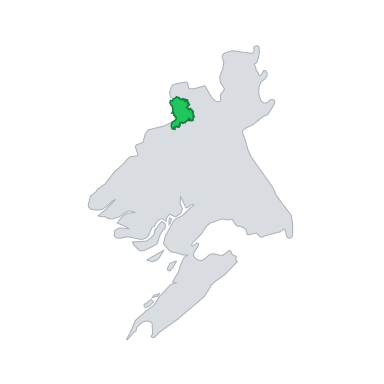 location of Rajshahi, Rajshahi, Bangladesh, rotated 56°
{"feature_id": "16705992B51815672792645", "entity_name": "Rajshahi", "entity_type": "district", "adm_level": 2, "iso_a3": "BGD", "parent_name": "Bangladesh", "parent_adm1": "Rajshahi", "projection": "mercator", "projection_center": [88.705, 24.415], "detail": "fine", "context": "in_parent", "style": "filled", "palette": "green", "viewbox_px": 384, "rotation_deg": 56, "n_neighbors": 0, "source": "geoboundaries", "source_scale": "gbopen_adm2", "svg_char_len": 8692}
<svg xmlns="http://www.w3.org/2000/svg" viewBox="0 0 384 384"><g transform="rotate(56 192 192)"><path d="M136.8,268.1L136.7,259.6L131.2,242.9L131.4,241.0L130.2,232.9L128.8,228.5L128.1,223.7L131.5,216.8L130.1,215.7L122.7,213.6L121.8,211.8L123.4,205.0L118.0,198.6L115.9,193.8L121.6,178.3L123.1,167.5L122.6,165.4L119.1,163.0L112.9,162.0L108.5,160.0L105.9,156.9L103.8,155.7L101.1,156.6L97.6,155.4L94.8,152.3L92.4,148.6L93.3,144.6L97.8,135.0L99.5,134.7L103.4,136.5L104.9,136.5L107.5,132.7L111.1,121.9L123.7,122.8L126.7,122.5L129.8,121.6L131.5,120.2L132.5,118.5L132.2,117.0L128.3,115.0L126.8,113.4L125.7,109.1L124.6,107.4L117.0,107.2L113.1,105.2L110.9,103.4L107.0,97.5L102.3,93.1L97.7,92.0L95.9,90.6L95.0,88.4L95.5,85.1L97.9,78.8L110.4,65.2L110.7,63.7L110.2,61.9L106.5,59.7L106.3,58.6L107.3,55.8L109.4,55.4L113.8,58.0L118.2,62.2L120.8,66.0L120.9,68.9L124.3,69.5L127.1,70.8L130.1,70.4L132.0,71.2L133.3,70.9L133.8,69.2L131.3,64.9L132.5,63.1L135.4,63.2L137.5,64.8L139.0,68.1L139.3,73.2L142.6,77.9L147.1,81.2L150.6,82.7L154.8,83.8L158.4,82.7L160.2,79.5L159.4,76.6L159.9,74.0L161.4,72.6L163.6,72.7L165.3,74.7L170.2,85.8L169.2,90.7L170.3,104.1L169.0,112.9L169.8,116.3L170.6,116.9L178.0,118.6L188.7,122.1L196.8,123.4L233.8,122.4L241.8,124.1L266.5,122.8L273.2,125.6L280.5,130.2L284.6,133.6L285.3,135.5L284.9,137.2L283.5,138.1L281.0,138.1L275.2,135.9L274.2,136.6L274.1,141.8L269.4,155.0L268.7,159.1L267.1,160.7L262.2,161.5L259.0,169.2L257.7,170.1L254.5,168.4L252.5,168.7L250.0,169.4L247.5,171.2L245.8,173.4L243.8,174.1L237.0,174.0L235.6,177.5L231.1,182.2L228.0,194.5L228.2,198.2L232.1,208.0L234.7,220.7L235.7,222.0L237.0,222.1L237.1,216.3L238.4,215.5L239.9,216.2L243.2,224.0L245.0,226.0L247.9,226.5L251.1,225.4L253.6,223.1L254.6,220.6L253.7,212.1L255.3,208.6L260.8,203.4L261.6,201.8L261.3,193.3L263.4,193.0L266.2,193.7L269.8,191.6L270.9,191.6L272.4,193.8L275.0,193.4L278.8,210.4L279.1,222.3L280.0,228.9L281.3,230.4L285.6,240.4L289.5,275.2L290.0,297.2L291.6,304.7L290.3,306.4L288.9,306.7L287.7,304.1L278.6,298.5L276.4,299.0L273.3,302.3L272.1,305.3L272.6,309.5L273.6,313.7L275.8,316.0L275.9,318.7L278.3,328.5L277.6,328.6L272.7,319.6L266.8,310.8L264.8,294.9L264.7,287.1L260.6,277.9L256.8,261.7L258.4,256.0L255.6,258.5L251.1,248.8L244.0,239.3L241.9,235.1L241.8,231.0L238.8,235.1L234.7,238.0L230.4,242.4L227.6,243.7L218.7,244.5L213.6,238.7L206.2,224.4L205.2,221.2L206.2,212.7L204.5,204.8L204.0,197.7L202.6,198.4L202.1,200.3L202.4,203.3L201.9,205.8L189.5,204.1L194.8,208.3L200.4,209.3L203.4,213.1L203.6,219.3L198.0,223.1L198.5,226.2L201.7,230.1L197.8,231.1L196.7,233.7L196.7,237.2L199.4,242.7L198.9,244.9L203.6,252.0L204.5,255.5L203.3,260.3L193.2,270.2L190.3,277.1L187.8,280.3L184.7,280.9L180.9,277.7L180.9,274.3L181.6,271.6L186.9,265.1L184.0,266.0L175.9,271.3L174.3,267.0L173.3,262.9L173.2,258.0L177.2,250.6L172.7,254.3L171.5,258.9L172.0,264.3L171.5,268.2L169.7,273.2L167.3,276.2L163.5,278.1L161.8,281.1L159.2,283.2L158.3,273.2L155.5,259.5L154.9,262.5L156.3,270.9L156.2,276.4L154.1,280.7L149.9,285.4L146.6,286.1L144.7,285.3L138.6,278.3L138.1,271.7L136.8,268.1ZM211.5,268.2L203.9,269.9L200.1,269.4L207.3,257.1L207.0,251.6L205.9,247.1L202.3,243.5L202.1,241.0L200.4,237.4L199.6,233.3L203.6,232.0L206.9,234.4L208.1,239.0L209.7,242.5L215.4,249.7L215.3,254.2L213.7,264.9L211.5,268.2ZM227.6,264.2L223.0,267.5L224.5,248.1L227.9,255.3L228.8,259.2L227.6,264.2ZM245.2,254.5L243.2,255.9L241.3,254.7L238.9,250.2L240.1,244.4L240.8,243.6L243.7,249.5L245.2,254.5ZM262.1,295.3L259.5,295.5L258.3,294.2L258.8,292.2L258.1,286.0L261.5,285.3L262.7,290.6L262.1,295.3ZM259.3,277.8L257.3,284.0L256.5,281.3L257.9,275.8L259.3,277.8ZM205.6,227.3L206.4,229.3L202.2,226.7L201.0,224.9L202.9,223.9L205.6,227.3Z" fill="#d9dde1" stroke="#a8b0b8" stroke-width="1"/><path d="M128.6,173.1L128.8,172.6L129.0,172.3L129.1,172.2L129.2,172.3L129.5,172.3L129.9,171.4L130.2,171.3L130.3,171.2L129.9,171.2L130.1,171.0L130.0,170.9L129.9,170.8L129.4,170.8L129.4,170.7L129.2,170.6L128.9,170.6L128.6,170.6L128.7,170.2L128.8,170.1L129.1,169.9L128.8,169.6L128.8,169.4L129.1,169.3L129.2,168.9L129.0,168.6L128.9,168.5L129.1,168.5L129.2,168.3L129.2,168.2L129.0,167.9L129.1,167.7L129.2,167.4L129.3,167.3L129.3,167.6L129.4,167.8L129.5,167.6L129.8,167.6L130.1,167.6L130.1,167.3L130.2,167.1L130.3,167.0L130.5,167.2L130.8,167.0L130.9,166.6L131.0,166.5L130.9,166.3L130.6,166.2L130.4,165.7L130.4,164.7L129.7,164.5L129.3,164.6L129.3,164.4L129.3,164.2L129.2,164.2L129.0,163.8L128.8,163.7L128.7,163.7L128.7,163.8L128.6,164.0L128.3,164.0L128.3,163.7L128.0,163.5L128.0,163.3L128.0,163.0L128.0,162.3L128.2,162.0L128.3,161.6L128.5,161.5L128.6,161.2L128.8,161.2L128.8,161.3L129.0,161.3L129.1,161.5L129.2,161.4L129.4,161.2L129.5,161.2L129.5,161.3L129.7,161.1L129.8,161.2L130.0,161.2L130.1,160.5L129.8,160.3L129.8,160.2L130.0,159.9L130.2,159.2L130.4,159.1L130.2,159.0L130.4,158.5L130.3,158.3L130.2,158.2L130.2,157.7L130.4,157.3L130.3,157.1L130.0,156.8L130.1,156.6L130.3,156.4L130.1,155.9L129.9,155.9L130.0,155.7L130.1,155.4L130.3,155.3L130.5,154.8L130.8,154.8L130.8,154.7L131.0,154.5L131.4,154.7L131.2,154.5L131.4,154.3L131.5,154.2L131.4,154.0L131.3,153.9L131.0,154.1L130.8,154.0L130.2,154.2L130.2,153.9L129.8,153.8L129.6,154.0L129.4,153.8L129.5,153.8L129.4,153.7L129.5,153.7L129.7,153.3L129.8,153.4L130.2,153.5L130.1,153.4L130.1,153.0L130.3,153.0L130.6,153.0L130.8,152.8L131.1,152.7L131.7,152.9L131.8,153.0L132.0,153.0L132.3,152.6L132.5,152.6L132.8,152.5L133.0,152.4L133.0,152.2L133.0,151.6L132.9,151.4L133.0,150.7L132.9,150.7L132.5,151.0L132.5,150.9L132.4,150.8L132.3,150.6L132.0,150.5L132.0,150.4L131.9,150.4L131.9,150.6L131.7,150.5L131.7,150.2L131.4,150.1L131.4,149.7L131.3,149.4L131.3,149.1L131.2,148.9L131.1,149.0L130.8,148.6L130.7,148.4L130.7,147.9L130.1,147.9L129.9,148.1L129.5,147.9L129.3,147.9L129.4,148.2L129.4,148.3L129.3,148.2L129.1,148.2L129.1,147.9L128.7,147.7L128.5,147.4L128.3,147.2L127.4,147.2L127.2,147.4L126.9,147.4L126.4,147.2L126.5,146.9L126.5,146.4L126.2,146.4L126.2,146.1L126.0,145.9L125.9,145.8L125.7,145.9L125.4,146.2L124.9,146.5L124.7,146.7L124.4,146.7L124.1,146.6L123.7,146.3L123.8,146.2L123.5,146.0L123.2,146.3L123.2,146.6L123.2,146.8L122.9,146.8L122.7,147.1L122.5,146.7L122.2,146.7L122.1,146.9L121.9,147.0L121.7,146.9L121.7,147.0L121.6,147.3L121.8,147.4L121.8,147.7L121.7,147.8L121.4,148.1L121.7,148.1L121.8,148.4L121.9,148.6L121.5,148.5L121.4,148.7L121.2,148.6L121.4,148.4L121.2,148.4L121.1,148.2L120.9,148.2L120.7,148.4L120.3,148.4L120.3,148.5L120.2,148.5L119.8,148.7L119.7,148.8L119.6,148.5L119.4,148.5L119.3,148.9L119.0,149.1L118.7,148.9L118.8,148.7L118.7,148.8L118.6,148.6L118.8,148.5L118.8,148.4L118.6,148.4L118.3,147.8L118.5,147.6L118.5,147.0L118.5,146.9L118.6,146.6L118.4,146.4L118.3,145.4L118.2,145.1L117.6,145.1L117.4,145.2L117.0,145.3L117.0,145.6L116.9,145.9L116.6,146.0L116.3,146.3L116.0,146.1L116.5,145.4L116.5,145.2L116.4,145.2L116.2,145.4L116.0,145.2L115.9,145.0L115.7,144.9L115.5,145.0L115.3,145.0L115.0,145.2L114.8,145.0L114.5,145.0L114.1,144.8L113.8,144.8L113.8,144.6L113.6,144.6L113.2,144.3L112.9,144.4L112.9,144.7L112.6,144.8L112.4,144.9L112.4,145.0L112.5,145.1L112.5,145.4L112.5,145.7L112.2,145.8L112.3,145.9L112.2,146.1L111.9,145.9L111.6,145.9L111.5,146.0L111.2,145.9L111.0,146.2L111.4,146.5L111.8,146.7L112.1,146.2L112.5,146.3L112.6,146.2L112.9,146.2L113.1,146.1L113.4,146.1L113.4,146.5L113.0,146.4L113.0,146.8L112.7,146.7L112.4,146.9L112.6,147.0L112.6,147.3L112.4,147.3L112.3,147.1L112.1,147.2L111.9,147.1L111.5,147.0L111.4,147.2L111.2,147.2L110.7,147.0L110.5,146.8L110.4,146.7L110.2,146.8L110.2,147.2L110.1,147.5L109.7,147.5L109.9,147.9L109.9,148.1L109.9,148.3L109.5,148.4L109.4,148.4L109.4,148.5L109.4,148.9L109.6,149.1L109.3,149.2L109.1,149.5L108.6,149.7L108.5,149.8L108.4,149.8L108.2,150.0L107.9,149.9L107.4,149.8L107.3,150.2L107.2,150.2L107.0,149.8L106.9,149.8L106.7,149.9L106.7,150.2L106.4,150.5L105.7,150.6L105.5,151.0L105.1,151.4L104.9,151.4L104.6,151.3L104.5,151.5L104.3,151.6L104.4,151.9L104.7,152.8L104.8,153.7L104.7,154.5L104.5,155.0L104.5,155.6L104.7,155.9L104.8,156.1L105.0,156.5L105.6,157.2L105.5,157.7L105.2,157.7L104.0,158.7L104.8,159.4L105.0,159.7L105.5,160.2L106.3,160.6L106.8,160.7L107.2,160.7L107.8,160.7L108.2,160.8L108.4,160.8L109.2,160.6L109.5,160.3L109.9,160.2L110.6,160.5L111.4,161.0L112.2,161.5L112.8,161.6L113.3,162.2L113.8,162.2L114.1,162.1L115.3,164.5L115.9,162.9L116.7,163.1L116.8,163.6L117.1,163.6L117.5,163.7L118.3,163.5L118.5,164.0L118.7,163.8L118.8,163.9L119.4,163.7L119.4,163.9L119.6,164.0L119.8,163.5L121.4,163.5L121.8,163.6L122.7,164.3L123.1,165.3L123.3,165.8L123.2,166.1L123.4,166.4L123.1,167.9L123.1,168.4L123.1,169.2L123.3,169.3L123.7,170.1L124.1,170.8L125.3,172.0L125.8,172.4L126.7,172.7L127.5,172.6L127.8,172.5L128.6,173.1Z" fill="#22c55e" stroke="#15803d" stroke-width="1.5"/></g></svg>